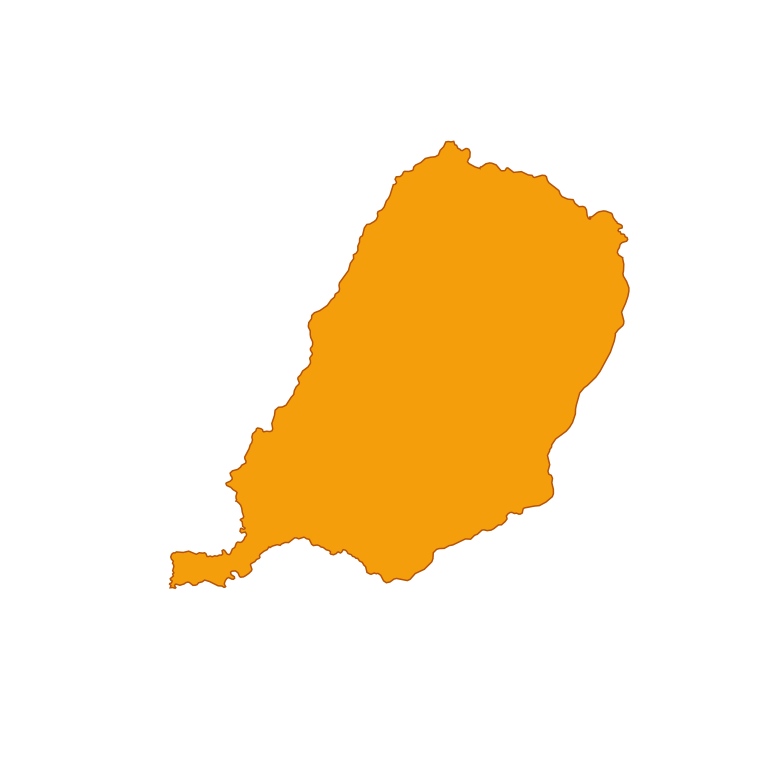 outline of Muidumbe, Cabo Delgado, Mozambique, rotated 152°
{"feature_id": "85939544B92892346973749", "entity_name": "Muidumbe", "entity_type": "district", "adm_level": 2, "iso_a3": "MOZ", "parent_name": "Mozambique", "parent_adm1": "Cabo Delgado", "projection": "albers", "projection_center": [39.887, -11.854], "detail": "fine", "context": "isolated", "style": "filled", "palette": "amber", "viewbox_px": 768, "rotation_deg": 152, "n_neighbors": 0, "source": "geoboundaries", "source_scale": "gbopen_adm2", "svg_char_len": 6170}
<svg xmlns="http://www.w3.org/2000/svg" viewBox="0 0 768 768"><g transform="rotate(152 384 384)"><path d="M668.5,304.5L666.2,303.5L664.3,301.7L663.4,301.9L663.7,304.0L662.4,305.1L661.5,304.9L658.7,302.1L654.3,301.3L652.5,301.6L650.4,301.3L649.1,300.3L647.2,295.9L645.0,294.9L643.3,294.6L641.1,295.5L637.3,294.7L634.4,295.1L630.9,291.6L625.2,283.7L622.0,281.7L620.7,279.6L619.6,279.3L618.9,279.5L619.0,281.9L618.5,283.0L616.4,284.9L614.0,286.1L612.1,286.1L610.0,283.2L608.7,282.3L607.1,282.6L606.6,284.1L608.4,287.4L608.1,289.4L607.1,290.1L605.7,290.0L602.8,288.6L601.6,285.8L601.9,282.0L601.4,280.8L598.7,279.7L596.3,279.7L592.4,280.2L588.7,281.3L587.6,282.4L586.8,287.1L585.7,287.8L581.4,287.8L578.9,288.9L575.9,288.7L575.0,289.1L574.5,291.0L573.4,291.8L568.6,292.7L564.9,292.6L562.0,294.2L561.5,293.1L558.8,293.3L553.8,292.3L551.4,290.3L549.7,290.8L545.9,290.6L542.7,288.8L535.2,290.1L533.6,289.3L532.0,287.3L526.8,286.4L526.1,285.8L525.1,283.8L522.9,281.9L523.1,276.5L522.2,274.5L518.6,273.2L517.0,271.6L516.2,269.7L514.3,268.1L512.9,264.8L510.5,262.5L510.0,261.0L511.1,259.7L510.9,258.8L508.7,256.9L505.6,256.7L504.3,257.3L503.2,257.2L501.9,255.3L500.6,255.3L497.8,256.9L496.2,255.5L495.5,254.0L495.3,251.1L493.0,248.7L492.7,246.6L491.2,245.2L490.6,243.3L489.1,242.4L488.7,239.2L486.9,236.7L486.8,233.5L486.0,231.3L487.5,225.6L485.5,222.7L484.5,222.0L481.4,221.7L479.8,220.0L478.5,219.8L477.9,219.1L476.7,216.6L476.8,210.4L475.2,207.4L471.6,206.4L466.7,207.1L464.2,206.4L455.7,199.5L452.6,199.3L445.4,202.0L435.4,201.5L427.0,204.0L425.1,204.7L422.8,206.8L419.7,211.9L415.2,213.3L412.6,212.8L408.0,210.6L402.3,210.7L398.8,209.6L384.9,209.0L380.3,206.3L375.1,207.9L372.1,207.5L366.1,209.0L364.2,208.3L361.8,206.1L358.0,204.7L355.0,204.7L349.2,205.8L346.3,204.5L341.5,205.7L338.7,207.1L337.9,210.0L335.7,211.1L333.1,211.4L331.3,210.6L329.6,208.4L327.6,207.7L326.1,205.8L324.6,205.1L322.5,205.2L319.9,208.3L318.3,208.7L308.5,205.6L303.9,203.7L296.4,203.7L288.3,205.5L285.9,207.6L283.9,211.5L282.2,218.0L279.5,221.6L279.2,224.8L280.8,227.0L280.2,230.0L275.6,234.9L273.2,244.2L269.2,247.1L268.6,248.2L265.7,249.6L264.4,251.6L258.2,254.9L245.3,256.8L240.4,258.7L235.5,261.6L229.1,267.7L226.6,272.0L224.1,275.1L215.4,284.2L208.9,286.8L205.2,287.3L193.8,290.6L187.3,293.8L169.2,305.8L160.5,313.9L156.6,318.7L156.2,319.9L151.8,322.0L145.7,323.5L144.1,324.7L142.7,326.9L140.5,335.9L132.7,342.0L127.4,347.0L124.2,351.0L122.6,354.0L121.7,360.4L122.0,366.8L121.1,369.5L119.5,371.3L116.0,377.3L114.4,382.8L113.9,383.3L116.2,387.5L116.3,390.5L114.6,392.5L112.2,393.9L110.0,396.4L107.3,397.1L102.7,396.2L101.0,397.2L100.6,399.2L101.9,400.6L101.6,403.0L102.2,403.9L104.2,405.1L104.0,407.7L105.1,408.3L105.4,409.6L103.5,410.8L100.7,410.0L100.0,410.6L99.5,412.0L100.0,413.3L102.5,416.4L102.4,418.1L102.9,419.0L103.5,423.3L102.8,426.9L103.1,428.1L106.9,432.4L109.0,433.8L113.3,435.1L115.2,435.2L121.7,434.0L124.0,434.8L124.3,434.2L123.8,433.5L123.9,433.0L124.8,432.8L125.8,434.1L125.6,437.2L123.5,442.7L123.6,445.7L125.0,447.4L128.6,449.0L130.6,453.9L130.5,458.0L135.0,461.0L138.8,465.8L139.3,468.8L138.8,472.7L144.0,484.4L144.1,487.3L143.3,490.8L144.0,492.5L146.4,494.1L154.2,495.7L155.0,496.6L155.3,498.7L158.5,500.9L163.0,507.0L170.1,509.9L173.2,516.7L174.5,517.1L176.6,515.8L177.6,515.8L179.8,516.9L180.6,517.7L182.1,524.8L185.0,528.2L186.9,529.6L190.7,530.6L195.8,529.9L196.7,530.3L198.1,529.8L198.2,529.3L201.7,532.9L205.4,538.5L206.0,541.0L204.1,542.7L201.7,544.0L199.1,548.3L198.9,551.3L200.1,552.9L201.3,553.5L205.3,553.3L206.4,554.2L206.8,555.8L208.1,557.3L207.9,560.7L209.1,561.9L208.5,565.5L211.2,566.3L213.5,568.0L215.8,568.7L219.9,565.5L224.6,564.0L228.4,560.7L232.1,560.6L236.5,562.4L241.6,563.7L247.6,562.2L253.2,562.5L255.9,561.6L257.7,559.4L258.8,559.2L262.3,560.0L266.0,562.1L267.2,562.0L269.9,560.1L272.3,559.6L275.9,561.2L278.1,559.6L278.2,556.4L278.8,555.6L280.6,555.1L282.2,555.6L290.2,547.7L293.1,545.7L296.0,544.5L300.8,540.2L304.2,538.8L308.3,539.0L309.7,537.8L310.7,535.0L313.7,532.7L316.3,532.1L321.4,531.9L324.3,532.9L328.1,531.0L333.3,525.1L335.9,524.8L337.4,523.6L339.0,520.8L342.4,518.0L344.4,514.1L346.9,512.6L350.4,512.4L352.0,508.9L357.0,506.4L362.1,500.9L375.7,494.3L377.4,492.3L378.7,488.7L380.4,486.8L384.9,486.2L387.0,483.9L391.0,483.1L397.1,480.0L406.1,478.9L412.0,479.6L415.5,478.5L417.4,475.6L421.5,473.6L423.4,471.0L424.0,469.8L424.2,465.5L425.9,462.4L426.9,459.4L427.2,454.7L428.5,452.3L429.7,451.1L432.2,450.0L433.0,448.6L432.8,445.0L433.4,443.8L436.9,442.1L437.7,441.2L438.1,438.9L439.3,436.8L443.1,434.7L449.7,433.7L453.4,431.2L456.7,430.2L457.7,429.0L458.2,424.9L459.0,423.9L462.9,422.7L466.2,420.3L468.6,417.2L472.5,415.7L480.4,411.3L484.5,411.4L488.1,413.0L492.4,412.0L495.6,407.5L501.6,401.8L503.3,396.6L504.8,395.3L507.0,395.5L509.8,397.4L512.7,398.3L513.1,399.0L512.7,400.7L513.7,402.4L516.2,404.5L517.6,404.4L519.2,402.7L523.3,401.7L525.6,399.2L526.4,396.3L528.3,394.3L530.8,393.0L533.5,390.2L541.3,384.9L542.0,383.2L542.1,380.5L543.2,379.1L547.8,379.1L549.8,377.9L553.3,377.3L558.6,378.5L561.7,377.6L562.3,375.1L562.0,373.1L562.7,371.2L565.3,370.4L569.7,370.7L570.4,370.1L570.5,368.2L567.8,364.7L566.8,361.4L565.1,358.7L564.7,357.2L567.4,354.4L568.3,352.5L568.3,351.3L569.7,350.1L569.1,349.7L567.9,346.5L567.5,344.3L567.9,341.2L569.3,337.4L570.1,332.8L571.3,331.8L574.1,331.9L574.7,331.5L573.9,328.9L575.6,324.5L574.3,322.0L574.8,321.5L576.3,321.7L577.8,323.7L578.5,323.7L580.3,321.6L579.7,319.4L576.0,318.4L575.8,316.1L576.7,314.7L578.5,314.2L581.0,312.2L583.7,311.3L585.3,311.6L587.3,313.1L589.0,312.9L592.5,309.7L595.4,309.5L599.1,306.4L600.8,306.0L602.3,307.4L602.9,311.9L603.7,313.0L605.2,312.9L606.2,309.7L607.8,309.2L609.8,310.3L612.3,310.3L614.1,311.8L616.8,312.1L618.2,313.7L620.4,314.2L621.2,314.8L620.9,317.9L621.7,319.3L623.2,319.6L626.3,321.7L629.7,321.8L634.9,328.1L640.3,329.5L646.1,333.2L647.8,333.0L649.3,333.8L651.5,333.3L653.5,331.4L653.9,329.1L653.2,326.5L654.9,325.0L654.7,323.4L655.2,321.5L658.3,318.3L658.2,315.9L659.8,315.5L660.1,313.4L664.2,312.4L664.4,311.0L663.6,310.0L663.7,309.3L665.1,308.2L666.8,308.4L667.3,308.0L666.7,306.1L668.5,304.5Z" fill="#f59e0b" stroke="#b45309" stroke-width="1.5"/></g></svg>